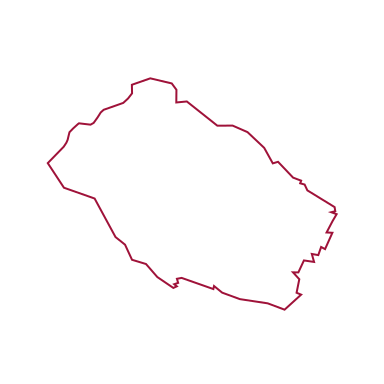 outline of Vrapchishte, Vrapcište, North Macedonia, rotated 18°
{"feature_id": "65306769B7593203088025", "entity_name": "Vrapchishte", "entity_type": "district", "adm_level": 2, "iso_a3": "MKD", "parent_name": "North Macedonia", "parent_adm1": "Vrapcište", "projection": "robinson", "projection_center": [20.844, 41.875], "detail": "fine", "context": "isolated", "style": "outline", "palette": "rose", "viewbox_px": 384, "rotation_deg": 18, "n_neighbors": 0, "source": "geoboundaries", "source_scale": "gbopen_adm2", "svg_char_len": 1043}
<svg xmlns="http://www.w3.org/2000/svg" viewBox="0 0 384 384"><g transform="rotate(18 192 192)"><path d="M101.7,108.6L104.5,116.7L102.3,122.8L99.1,128.5L93.1,133.1L82.6,141.1L81.5,143.0L80.6,144.6L79.2,150.1L77.1,156.7L74.7,159.3L68.8,160.5L63.3,161.6L62.5,162.7L59.3,168.3L57.0,173.0L57.3,177.2L57.6,180.7L57.3,183.9L56.0,188.6L45.9,209.1L68.9,227.5L101.4,228.3L133.2,258.5L144.6,262.8L155.9,275.0L170.5,274.7L185.3,283.6L203.9,289.0L206.7,286.4L203.6,285.2L206.9,282.7L204.5,279.2L208.7,276.9L242.3,277.7L242.0,274.6L251.8,278.4L270.6,279.1L298.4,274.5L316.4,275.3L327.5,255.9L322.6,255.5L321.0,241.8L312.9,237.2L318.0,235.6L319.6,222.5L329.7,220.8L325.1,213.9L331.6,213.0L331.8,204.4L336.2,205.2L338.1,187.4L332.5,188.9L334.7,176.1L336.4,168.4L330.7,168.2L334.2,166.0L332.3,162.3L301.2,154.8L296.8,150.1L292.2,150.3L292.3,147.5L283.7,147.1L264.5,136.7L260.0,139.8L247.0,127.7L226.3,117.9L210.1,116.3L195.6,121.1L159.1,107.5L149.4,111.7L145.6,99.6L139.2,95.0L117.2,96.8L101.7,108.6Z" fill="none" stroke="#9f1239" stroke-width="2"/></g></svg>